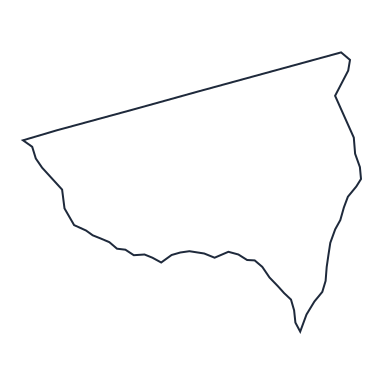 outline of São José da Coroa Grande, Pernambuco, Brazil
{"feature_id": "56859067B47243244758303", "entity_name": "São José da Coroa Grande", "entity_type": "district", "adm_level": 2, "iso_a3": "BRA", "parent_name": "Brazil", "parent_adm1": "Pernambuco", "projection": "equal_earth", "projection_center": [-35.181, -8.871], "detail": "fine", "context": "isolated", "style": "outline", "palette": "slate", "viewbox_px": 384, "rotation_deg": 0, "n_neighbors": 0, "source": "geoboundaries", "source_scale": "gbopen_adm2", "svg_char_len": 807}
<svg xmlns="http://www.w3.org/2000/svg" viewBox="0 0 384 384"><path d="M348.2,70.6L350.0,59.9L341.1,52.4L198.1,91.5L135.8,108.8L56.8,130.3L23.0,140.3L32.2,146.8L35.8,158.5L42.1,167.7L62.1,189.6L64.5,208.4L74.1,225.1L86.0,230.5L92.7,235.3L100.7,238.5L109.4,242.2L117.0,248.7L125.4,249.7L133.8,255.2L144.5,254.5L152.4,257.7L161.2,262.5L171.6,255.0L180.3,252.5L189.4,251.2L204.2,253.5L214.6,257.7L228.4,251.8L238.4,254.5L247.1,260.0L254.7,260.4L262.3,266.9L269.5,277.5L277.8,286.1L284.2,293.2L291.0,299.6L294.1,310.3L295.4,322.6L300.2,331.6L306.5,314.5L314.4,301.5L322.3,291.9L325.6,280.9L326.7,266.9L328.4,255.2L330.3,242.8L335.2,229.3L340.3,220.1L343.9,207.4L347.9,196.7L356.3,186.5L361.0,179.0L359.9,167.1L355.1,153.7L353.8,137.6L335.1,95.8L348.2,70.6Z" fill="none" stroke="#1e293b" stroke-width="2"/></svg>